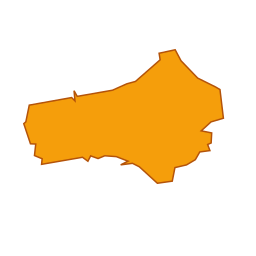 Marshall, Tennessee, United States of America, rotated 254°
{"feature_id": "52423323B88025454001467", "entity_name": "Marshall", "entity_type": "district", "adm_level": 2, "iso_a3": "USA", "parent_name": "United States of America", "parent_adm1": "Tennessee", "projection": "natural_earth1", "projection_center": [-86.784, 35.481], "detail": "fine", "context": "isolated", "style": "filled", "palette": "amber", "viewbox_px": 256, "rotation_deg": 254, "n_neighbors": 0, "source": "geoboundaries", "source_scale": "gbopen_adm2", "svg_char_len": 692}
<svg xmlns="http://www.w3.org/2000/svg" viewBox="0 0 256 256"><g transform="rotate(254 128 128)"><path d="M127.3,30.5L122.1,37.0L116.9,34.9L112.4,76.2L107.1,80.3L111.5,84.4L106.9,90.8L107.7,98.0L103.7,108.9L96.1,118.9L94.6,110.8L92.8,122.6L87.6,128.2L66.8,141.0L64.7,155.9L77.0,162.2L76.4,174.1L79.0,184.0L85.2,190.4L83.7,200.5L90.2,200.0L90.7,203.8L100.2,207.1L105.1,197.6L111.0,209.5L111.1,222.4L139.6,227.0L143.2,223.6L156.8,208.7L178.0,197.5L190.2,194.9L191.3,178.5L184.7,177.7L170.7,148.0L170.8,139.0L168.6,123.5L172.4,87.9L178.7,86.4L168.7,84.5L172.8,82.2L177.2,39.4L162.1,31.5L160.9,29.0L139.7,29.9L138.0,34.9L127.3,30.5Z" fill="#f59e0b" stroke="#b45309" stroke-width="1.5"/></g></svg>